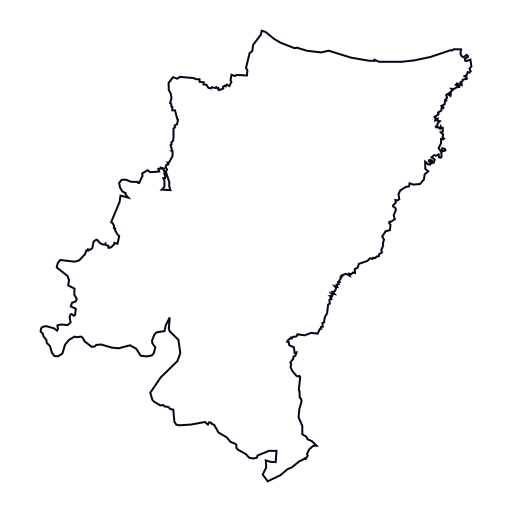 Tegal, Jawa Tengah, Indonesia
{"feature_id": "22746128B39713682939315", "entity_name": "Tegal", "entity_type": "district", "adm_level": 2, "iso_a3": "IDN", "parent_name": "Indonesia", "parent_adm1": "Jawa Tengah", "projection": "orthographic", "projection_center": [109.163, -7.056], "detail": "fine", "context": "isolated", "style": "outline", "palette": "ink", "viewbox_px": 512, "rotation_deg": 0, "n_neighbors": 0, "source": "geoboundaries", "source_scale": "gbopen_adm2", "svg_char_len": 5967}
<svg xmlns="http://www.w3.org/2000/svg" viewBox="0 0 512 512"><path d="M306.4,459.2L305.1,458.2L306.8,457.4L307.7,455.6L307.0,454.0L309.1,449.5L313.1,445.9L316.6,445.7L311.8,441.1L307.6,439.3L306.3,436.7L302.3,434.3L302.3,425.9L298.6,417.4L299.3,409.1L301.6,401.3L301.1,399.0L299.7,397.5L299.5,391.2L298.8,390.3L300.2,377.0L299.4,375.9L298.3,376.5L296.3,375.7L292.5,371.3L290.5,367.0L291.2,364.0L290.3,362.5L293.2,358.9L293.5,356.6L295.4,355.7L296.5,352.4L294.6,352.9L293.9,347.3L289.3,345.3L288.7,342.1L287.1,341.8L287.5,340.7L291.1,337.6L291.8,338.4L292.7,336.9L295.7,336.6L297.1,335.7L297.4,334.3L304.7,335.3L311.1,332.9L317.7,333.6L319.8,329.1L321.2,328.8L320.9,327.1L322.8,326.6L322.4,323.0L324.0,322.5L324.8,317.3L327.1,313.2L328.1,304.6L329.8,303.6L329.4,299.9L331.4,299.0L330.4,297.8L331.6,296.9L330.4,296.1L332.0,296.0L332.5,295.0L331.2,293.5L334.4,294.0L332.3,291.9L334.5,291.5L335.9,289.2L336.0,287.6L334.7,286.2L337.4,286.9L336.6,284.6L338.7,284.2L338.1,282.2L339.6,282.1L339.2,281.0L340.8,278.4L340.4,277.3L342.1,276.5L341.5,275.5L346.0,273.8L349.9,275.8L349.2,273.7L351.4,274.1L353.0,272.5L355.0,273.0L354.8,269.0L357.6,267.8L358.9,263.8L367.3,261.0L370.1,258.2L372.6,258.9L373.2,257.7L375.1,258.1L376.7,256.5L378.8,256.3L379.2,254.1L382.0,252.5L381.3,250.0L383.2,245.5L382.8,243.7L384.0,239.6L382.2,236.5L385.6,231.3L389.9,230.1L390.5,224.8L389.2,223.2L389.4,221.8L391.0,221.7L394.8,219.2L393.7,215.3L395.9,210.0L395.4,207.9L393.3,206.6L393.0,205.4L395.7,202.8L395.4,200.0L397.2,200.5L399.3,199.2L398.5,194.1L400.2,190.5L406.0,186.8L409.0,186.4L409.6,183.3L413.3,184.6L420.0,184.0L423.9,179.5L424.7,174.3L428.2,171.4L425.3,168.8L425.2,161.7L428.1,164.3L430.2,164.6L431.1,162.8L428.9,161.4L429.0,160.3L430.4,159.8L432.0,160.9L432.3,163.0L433.6,162.8L434.7,159.7L431.5,157.3L434.1,155.1L436.0,155.8L438.6,154.4L439.1,157.4L440.8,157.7L441.6,156.6L441.2,151.9L445.4,150.4L445.0,149.0L442.2,148.2L441.7,150.8L440.4,150.7L438.6,148.1L441.1,143.2L441.0,139.0L443.3,139.4L444.1,138.7L442.5,136.9L443.2,134.6L440.8,132.3L442.7,131.7L442.8,127.9L441.4,128.1L440.8,126.6L440.0,128.7L438.8,127.5L436.0,127.3L435.8,126.5L437.3,125.8L437.4,123.8L439.8,121.2L437.5,120.8L437.7,118.8L435.3,120.3L435.7,118.1L434.5,117.0L438.5,114.3L438.0,112.6L441.3,110.6L441.6,107.8L443.2,108.2L443.5,107.4L441.6,105.8L444.6,104.3L445.0,101.2L446.2,100.6L445.3,99.6L447.1,97.9L446.2,95.0L447.6,94.0L450.4,95.9L450.9,93.6L449.0,93.2L452.5,90.3L451.3,88.8L454.1,88.9L456.9,87.2L459.2,87.0L458.9,85.9L455.8,84.9L456.9,83.4L461.7,85.2L461.6,83.2L460.5,82.3L462.6,80.9L462.8,79.6L466.8,78.8L466.6,77.4L464.6,76.2L466.6,75.2L467.8,72.1L469.4,72.6L470.7,71.3L469.5,68.8L471.4,66.4L470.4,59.6L466.5,61.1L465.1,60.6L465.0,58.7L467.8,57.1L467.9,56.1L466.7,54.9L463.5,57.2L461.8,56.4L460.4,53.7L461.1,49.4L454.0,49.2L452.1,50.5L450.6,50.2L430.3,57.0L414.2,60.4L401.6,61.8L379.1,61.8L374.5,59.8L374.5,60.9L368.8,60.7L351.3,57.7L328.6,50.7L321.1,52.4L307.1,50.8L297.0,47.7L294.6,48.2L280.5,42.7L273.8,38.7L265.6,32.0L261.8,30.7L260.7,34.9L253.1,44.9L252.3,51.1L249.6,53.2L246.0,67.9L247.4,70.4L246.9,75.5L236.7,74.9L234.8,76.0L231.5,74.8L230.5,80.4L231.4,81.8L229.4,86.1L226.7,84.6L225.7,86.3L224.6,85.7L223.0,86.9L223.4,88.1L222.6,88.9L219.1,90.1L218.0,87.2L217.8,88.8L216.3,87.2L215.6,88.0L211.8,87.2L211.3,88.3L208.5,87.9L206.4,84.8L203.5,84.4L203.8,82.3L199.6,81.8L199.5,79.3L196.1,79.2L193.2,78.0L179.8,76.9L177.2,78.7L173.1,77.2L168.6,82.9L168.8,90.1L170.6,93.2L171.5,97.9L170.1,103.0L171.2,103.7L171.4,106.6L172.3,106.9L172.3,110.3L175.0,110.3L177.2,118.8L178.0,119.5L177.1,124.2L174.7,125.5L174.9,127.5L173.5,128.5L173.5,137.8L173.0,140.9L171.3,142.5L171.6,144.3L170.6,145.1L172.1,150.3L171.4,150.7L172.6,151.3L172.5,156.2L168.7,163.0L167.6,162.7L168.2,164.4L166.2,165.1L165.6,167.3L167.0,169.2L165.9,171.9L169.3,182.1L169.2,186.0L170.4,190.1L161.7,189.7L164.4,186.8L164.5,181.2L163.4,178.1L165.1,178.1L165.2,176.5L164.2,173.1L165.0,172.5L163.6,169.9L164.0,168.6L161.0,167.7L161.3,168.6L158.3,168.8L159.2,171.5L150.1,172.2L147.7,170.2L142.2,173.4L142.5,176.0L139.2,182.9L138.1,183.0L137.7,181.9L130.9,181.8L126.0,179.7L121.7,179.8L119.1,182.9L120.1,187.7L122.5,191.6L125.6,193.0L125.6,194.5L128.4,197.7L120.5,195.6L119.6,201.9L111.1,222.2L112.7,223.2L114.1,225.9L113.8,227.8L115.2,228.5L114.8,229.4L116.8,233.5L119.2,236.2L117.5,243.7L114.4,242.9L114.2,244.2L111.9,246.6L110.0,247.8L108.3,247.7L108.4,245.8L105.7,245.0L105.5,243.6L104.5,244.6L103.1,244.5L100.2,243.3L97.1,239.8L95.9,240.0L93.7,241.4L92.2,248.3L90.3,249.7L88.0,249.4L88.0,250.6L86.4,250.4L84.9,254.3L79.3,260.3L74.9,261.7L60.2,260.0L57.7,263.2L56.7,267.4L67.5,276.0L69.0,280.1L68.2,285.4L74.5,288.6L74.3,294.6L76.8,299.1L75.7,301.4L72.0,302.8L70.8,306.4L75.8,308.7L75.0,315.1L73.7,315.7L71.6,314.0L70.5,314.5L69.6,317.1L70.6,322.4L67.7,325.1L61.1,324.5L57.4,325.4L58.0,328.9L57.1,330.6L53.9,328.3L46.0,326.1L42.3,327.0L41.1,328.4L40.6,331.5L42.8,333.6L43.5,336.3L46.4,340.1L46.8,342.9L50.0,346.1L51.9,352.7L54.5,356.1L58.0,356.3L62.4,353.6L65.1,344.6L69.1,339.8L74.5,336.6L76.5,337.2L81.1,336.6L82.6,337.6L84.6,341.3L91.6,346.8L94.7,346.5L96.3,344.9L101.1,344.5L111.8,347.6L118.6,348.3L130.0,345.3L136.2,348.7L140.7,355.7L146.2,356.4L151.8,355.5L153.9,352.9L155.3,347.3L152.4,343.4L152.0,340.6L154.4,334.5L156.7,332.3L164.5,331.1L165.8,325.2L169.7,317.5L168.8,328.8L169.8,331.4L178.4,339.8L180.3,353.2L177.4,361.1L160.7,377.4L150.3,392.7L152.3,399.7L154.2,401.8L160.3,405.4L163.2,405.1L164.7,406.4L168.4,407.0L170.4,409.1L173.3,409.6L174.4,421.8L176.2,424.6L179.0,425.3L190.8,424.6L205.0,422.0L207.9,424.6L209.0,422.4L211.0,422.6L211.5,423.7L214.2,424.9L218.5,432.5L226.6,437.3L230.8,442.1L235.0,443.6L236.4,445.0L236.4,448.0L237.9,449.7L245.7,454.0L249.2,457.7L252.9,458.5L256.6,457.9L257.6,455.5L269.1,450.8L276.5,450.9L275.7,462.1L270.7,461.9L265.8,460.4L266.2,467.5L262.7,474.6L267.7,481.3L280.4,475.2L287.5,469.2L291.9,467.3L299.3,461.3L304.5,458.9L306.4,459.2Z" fill="none" stroke="#020617" stroke-width="2"/></svg>